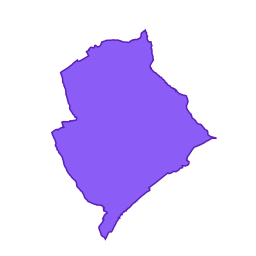 outline of Livezi, Vâlcea, Romania, rotated 153°
{"feature_id": "2599482B52258846175967", "entity_name": "Livezi", "entity_type": "district", "adm_level": 2, "iso_a3": "ROU", "parent_name": "Romania", "parent_adm1": "Vâlcea", "projection": "albers", "projection_center": [23.831, 44.84], "detail": "fine", "context": "isolated", "style": "filled", "palette": "violet", "viewbox_px": 256, "rotation_deg": 153, "n_neighbors": 0, "source": "geoboundaries", "source_scale": "gbopen_adm2", "svg_char_len": 5722}
<svg xmlns="http://www.w3.org/2000/svg" viewBox="0 0 256 256"><g transform="rotate(153 128 128)"><path d="M197.9,158.6L198.3,156.2L198.3,154.6L198.5,152.7L198.4,150.0L198.8,148.8L199.2,146.7L200.4,145.9L200.3,145.4L200.5,145.2L200.7,144.4L200.6,143.8L200.2,143.4L200.2,143.0L200.4,142.2L201.0,141.5L200.4,139.1L200.5,138.4L200.8,137.8L200.8,137.1L200.2,135.1L199.8,131.7L200.3,129.9L200.6,127.4L201.2,126.0L201.7,123.3L201.7,121.9L201.4,120.2L201.4,119.7L201.8,118.5L201.7,115.5L201.2,112.7L200.8,111.4L200.3,108.6L199.6,106.9L198.7,104.2L198.7,103.3L198.9,102.4L200.0,99.4L199.6,97.3L199.0,95.9L198.6,93.5L198.0,92.5L197.9,92.1L197.8,89.5L197.7,88.8L197.8,88.2L197.8,87.5L198.2,86.2L198.0,84.4L197.5,83.4L197.2,82.1L197.0,81.7L196.9,80.7L196.9,80.4L195.8,79.5L193.6,76.6L192.3,75.3L192.2,75.0L190.9,74.1L190.7,73.5L186.7,71.3L186.3,70.5L186.5,70.4L186.1,70.0L186.1,69.9L185.9,69.0L185.8,68.8L185.9,68.6L185.6,68.4L185.5,68.0L185.3,67.9L185.3,67.7L185.5,67.5L186.2,67.3L186.6,67.1L186.4,66.5L186.9,66.0L186.6,65.5L187.1,65.1L187.1,64.9L186.3,64.5L185.0,62.0L185.3,61.7L187.7,61.4L189.2,60.6L189.5,60.2L190.5,59.6L191.8,58.5L191.7,58.1L191.3,57.7L191.7,57.3L191.4,57.1L191.5,57.0L194.2,55.3L197.4,53.9L198.1,53.5L199.0,52.8L199.1,52.3L199.6,51.3L199.7,49.1L200.0,47.2L200.0,46.6L200.5,44.5L199.6,42.6L199.2,42.2L198.7,41.2L198.7,40.0L198.6,39.2L197.9,39.8L197.2,40.2L193.9,42.9L192.4,43.8L191.1,43.6L190.5,43.4L190.0,43.0L189.2,43.5L188.6,43.7L185.1,46.5L184.3,46.9L181.0,49.4L177.8,51.2L177.5,51.5L176.9,51.5L177.2,51.8L177.0,52.0L177.3,52.2L177.3,52.5L176.2,52.0L175.9,52.6L173.7,53.8L173.6,54.2L173.4,54.2L172.6,54.2L172.5,53.6L172.3,53.7L172.3,54.2L172.1,54.5L169.9,55.4L169.6,55.5L169.4,55.0L167.4,55.5L167.3,55.1L166.9,55.2L166.9,55.8L166.1,55.9L166.0,56.0L165.8,55.9L165.4,56.1L165.1,56.0L164.6,56.5L164.3,56.3L163.8,56.5L163.3,56.3L161.4,56.9L160.8,57.3L159.2,57.9L157.0,58.6L155.9,58.5L154.1,59.1L153.9,59.3L153.2,59.1L152.5,59.6L151.8,59.8L146.2,61.3L143.6,61.7L141.1,62.4L137.0,62.5L136.8,63.2L136.2,64.1L136.6,65.3L128.8,66.6L112.9,69.9L112.7,69.4L112.4,69.0L111.5,68.5L109.4,68.4L107.6,68.7L106.5,68.3L106.0,67.8L105.0,67.3L104.0,67.3L101.5,67.7L101.0,67.8L100.5,68.3L99.9,68.5L98.5,68.3L98.3,68.0L97.4,67.9L97.0,68.4L97.0,68.9L96.7,69.1L96.8,69.8L95.6,69.2L94.0,68.0L92.3,68.0L91.7,67.8L90.3,68.3L89.2,69.7L89.0,70.0L89.2,70.8L90.3,72.5L89.7,73.0L89.8,73.8L89.0,74.2L89.0,74.6L88.8,74.9L84.1,77.5L80.1,79.8L77.7,80.8L70.7,80.2L69.8,80.3L68.2,80.2L65.4,80.4L64.6,80.7L63.1,80.5L61.2,80.5L58.4,80.8L57.4,80.5L54.3,78.9L54.2,79.0L54.7,79.7L56.2,80.9L57.9,82.5L58.8,83.7L59.6,85.2L59.7,85.8L59.6,86.5L58.9,87.8L58.6,89.4L58.6,89.8L59.5,90.9L60.0,91.8L61.3,97.8L62.1,98.8L63.4,99.4L63.8,100.0L63.9,100.6L64.3,101.2L64.6,102.0L64.5,103.1L64.5,104.0L65.2,105.6L65.4,106.4L66.0,107.3L66.3,108.2L66.0,108.8L65.9,110.1L65.5,111.4L66.2,113.3L66.4,114.4L66.5,115.9L66.8,117.1L66.8,118.1L66.6,119.5L65.9,121.0L65.5,121.6L64.2,122.6L63.4,123.5L62.5,124.4L61.8,127.4L61.6,129.5L61.6,130.4L62.3,131.1L63.1,131.6L65.1,133.4L65.7,134.4L66.3,134.7L66.9,135.4L67.1,136.2L67.6,137.5L67.9,138.4L67.8,138.8L68.1,139.0L67.9,139.4L68.8,139.3L68.4,140.3L68.6,141.0L69.0,141.5L68.7,141.7L69.2,142.3L69.2,141.8L69.4,141.7L69.6,141.8L69.8,142.3L70.1,143.4L70.7,143.9L71.4,144.9L71.5,146.4L73.3,148.8L73.1,149.5L73.3,150.1L73.2,150.6L73.5,150.8L73.5,151.2L73.9,151.4L74.1,151.9L73.9,153.3L74.2,154.4L74.5,155.2L75.1,156.2L75.1,156.6L75.3,157.3L75.3,158.0L76.3,158.8L76.5,160.1L77.4,161.9L77.8,163.0L78.2,164.4L79.6,166.3L79.7,167.1L80.0,167.7L80.0,168.6L80.5,169.1L80.7,169.7L80.5,170.1L80.0,170.8L80.7,171.1L80.8,171.5L80.4,172.7L79.7,173.6L78.5,174.7L76.1,176.1L75.6,176.7L74.7,176.8L74.4,177.1L74.2,178.0L74.2,179.1L73.5,179.9L73.3,180.6L73.3,181.2L72.9,182.5L73.0,183.4L72.7,183.8L72.6,184.3L72.0,185.0L71.7,185.8L71.5,186.7L71.1,187.0L71.0,187.7L71.2,188.6L71.1,189.0L70.8,189.4L69.7,190.1L69.3,190.6L69.1,192.4L68.9,193.1L68.5,193.9L68.4,194.3L68.7,194.6L69.9,195.1L70.6,195.6L70.6,196.1L70.5,196.6L70.7,197.4L70.2,199.2L69.8,200.0L69.6,200.7L69.5,200.8L69.1,200.7L68.9,200.8L69.1,201.5L68.9,203.2L68.8,203.7L68.3,204.2L68.2,204.9L68.5,205.6L69.0,206.1L68.0,207.2L68.0,207.4L68.6,207.3L69.3,206.9L69.9,207.1L70.9,207.0L71.8,206.4L72.4,206.6L73.1,206.3L73.8,205.5L74.8,203.7L75.7,203.2L76.1,202.7L80.0,202.8L80.7,203.3L81.1,203.5L82.9,203.9L83.4,203.9L83.5,204.3L86.8,204.3L87.1,203.9L87.9,203.8L88.9,204.1L90.2,205.1L93.2,206.8L94.1,207.8L94.8,208.8L95.3,209.1L96.5,210.4L97.0,210.7L97.6,211.3L98.9,211.7L101.1,213.2L102.9,213.8L104.6,214.5L105.8,215.2L106.5,215.4L108.0,216.1L109.2,215.9L110.2,216.2L112.4,216.5L112.6,215.9L113.8,215.2L114.5,214.4L115.6,213.7L116.3,213.9L118.2,213.7L118.6,214.8L119.6,216.5L120.3,216.5L120.6,215.7L122.1,214.9L122.6,215.5L123.8,216.4L124.8,216.8L127.3,215.8L127.3,215.0L130.4,214.9L130.2,210.1L139.7,209.6L141.6,209.8L142.1,210.1L142.5,210.6L142.3,211.5L147.9,210.4L148.3,210.0L155.1,208.8L161.4,208.3L163.0,207.8L163.6,202.8L164.4,200.4L165.1,199.2L165.4,198.2L165.3,197.6L165.3,196.1L165.8,194.8L166.0,192.4L166.0,191.1L166.4,190.0L166.7,188.9L167.9,186.4L168.2,184.1L168.5,183.0L169.5,178.3L169.8,177.3L169.6,175.1L169.8,174.1L170.1,173.2L170.9,172.5L171.2,171.8L171.2,169.9L170.8,167.3L170.8,165.6L170.1,163.8L170.3,162.2L169.9,161.3L169.2,161.0L169.0,160.8L169.4,160.1L169.8,159.2L170.7,158.6L172.3,159.1L172.9,159.4L174.3,159.7L175.4,160.1L175.6,160.4L176.4,160.3L176.6,160.7L176.9,160.6L177.1,160.3L177.8,160.5L183.2,163.2L184.1,163.2L184.3,163.1L184.1,162.4L184.5,161.9L184.8,160.4L184.7,159.4L185.2,159.1L185.3,158.8L185.0,157.8L187.2,158.5L188.4,158.6L190.2,158.3L191.4,158.0L191.6,158.9L193.0,159.2L194.7,159.2L197.9,158.6Z" fill="#8b5cf6" stroke="#5b21b6" stroke-width="1.5"/></g></svg>